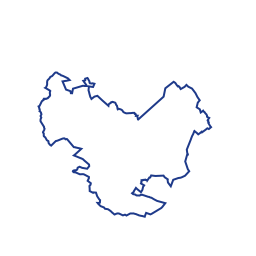 Dikļu pag., Kocenu, Latvia, rotated 148°
{"feature_id": "27541924B58624620212136", "entity_name": "Dikļu pag.", "entity_type": "district", "adm_level": 2, "iso_a3": "LVA", "parent_name": "Latvia", "parent_adm1": "Kocenu", "projection": "orthographic", "projection_center": [25.062, 57.572], "detail": "fine", "context": "isolated", "style": "outline", "palette": "blue", "viewbox_px": 256, "rotation_deg": 148, "n_neighbors": 0, "source": "geoboundaries", "source_scale": "gbopen_adm2", "svg_char_len": 5643}
<svg xmlns="http://www.w3.org/2000/svg" viewBox="0 0 256 256"><g transform="rotate(148 128 128)"><path d="M162.2,45.4L160.8,43.9L159.4,45.1L157.6,46.4L154.8,42.9L153.5,42.7L142.2,42.5L140.9,42.8L136.2,44.5L142.0,50.8L143.8,53.9L145.0,56.3L145.4,56.8L145.9,57.2L146.7,58.5L147.3,58.9L150.3,62.6L150.8,63.1L151.1,63.7L151.6,64.0L152.0,64.1L152.6,64.7L153.8,64.5L156.4,66.2L156.8,66.8L157.0,67.6L158.7,69.2L159.1,70.5L156.9,70.8L156.5,71.3L153.0,73.0L152.7,71.6L151.0,66.7L148.6,67.9L146.4,70.1L144.7,70.8L146.4,74.1L145.0,75.2L145.0,75.6L144.8,75.7L144.2,76.5L143.9,76.1L143.0,76.1L142.8,75.9L142.5,75.6L141.8,75.6L141.6,75.3L141.5,75.2L140.7,75.0L140.7,74.8L140.5,74.6L140.5,74.4L140.4,74.3L139.8,74.1L139.5,73.7L139.6,73.2L136.1,74.7L135.4,74.3L133.5,75.5L130.2,72.8L123.1,68.8L123.0,66.8L121.5,63.4L121.9,63.1L123.0,60.6L122.6,55.9L117.1,60.1L111.8,58.9L109.8,58.0L108.4,57.7L104.9,57.3L99.0,58.9L99.1,61.3L97.2,69.3L91.9,74.1L91.4,73.7L91.3,73.8L91.8,74.2L91.7,74.3L91.4,74.2L90.9,75.6L89.6,78.5L80.9,84.9L79.4,86.1L77.6,87.4L76.1,88.2L73.3,90.3L73.2,90.3L73.2,89.7L72.6,88.3L72.3,87.5L71.8,85.4L69.9,85.5L67.5,85.8L67.5,85.1L63.2,85.4L60.9,85.7L60.0,84.3L57.8,84.6L57.1,84.7L57.3,86.3L57.2,89.8L56.5,90.0L56.5,92.0L55.9,92.1L55.9,92.6L53.8,93.5L55.0,95.5L54.9,95.9L54.4,96.7L54.3,98.1L54.6,99.2L54.7,101.1L55.1,101.7L55.1,102.9L57.5,102.6L58.1,102.6L57.2,105.8L58.8,109.2L55.4,112.5L52.5,113.5L52.7,117.5L52.3,121.8L52.8,127.5L55.0,131.1L55.6,133.6L58.2,132.9L62.7,133.1L62.7,134.0L62.5,135.1L62.8,135.9L62.9,136.7L63.6,136.7L63.9,138.2L64.0,141.2L64.8,143.0L75.3,141.9L81.2,135.7L114.9,129.8L115.0,130.0L114.2,132.1L114.0,132.7L114.0,132.9L114.0,133.1L113.6,133.3L114.2,133.6L114.3,133.8L114.5,133.9L114.1,134.1L114.3,134.3L114.3,134.7L114.4,134.9L114.3,135.3L114.5,135.4L114.5,135.5L114.4,135.6L114.6,135.8L114.8,136.3L114.7,136.5L114.4,136.5L114.6,137.1L114.6,137.5L115.9,138.3L117.5,139.0L118.5,139.6L121.5,141.2L122.0,141.7L122.6,142.5L123.4,143.8L123.4,144.1L123.5,144.5L123.5,146.0L123.6,146.3L124.2,147.5L125.3,148.8L125.7,149.2L126.1,149.3L126.6,149.2L126.8,149.2L126.8,149.3L126.7,149.8L126.5,150.3L126.3,150.5L126.1,151.1L125.9,152.0L125.7,152.3L125.6,152.5L125.6,153.2L125.8,153.8L125.5,155.2L125.4,155.7L125.5,156.3L125.8,156.7L125.9,156.8L126.2,157.1L126.3,157.2L126.8,157.9L127.3,158.2L127.4,158.4L127.8,158.4L128.5,158.8L129.3,158.4L129.9,158.5L130.0,158.4L130.3,158.4L130.9,158.5L131.7,158.3L132.5,157.9L132.7,157.2L132.8,157.1L135.1,164.8L136.9,171.5L139.8,172.4L143.6,172.0L143.5,172.8L143.5,174.3L142.5,177.7L142.0,179.1L141.5,180.9L139.1,184.0L135.9,181.3L133.0,183.3L134.4,184.7L135.0,184.8L135.4,185.1L135.8,185.5L136.5,186.0L136.6,186.8L136.0,188.0L136.0,189.0L135.8,191.2L135.9,191.9L138.2,192.5L139.0,191.1L140.9,191.7L140.7,188.0L140.6,186.8L140.6,185.4L142.4,186.5L143.8,187.7L153.8,190.5L157.0,187.1L158.0,187.8L157.3,189.7L157.7,190.3L160.2,193.4L159.0,200.9L158.8,202.2L156.1,201.1L155.3,200.7L152.1,199.6L152.4,200.8L152.5,201.4L152.6,201.9L152.9,202.3L153.1,202.7L155.4,206.4L156.4,207.7L156.8,208.0L157.1,209.2L157.9,210.3L158.5,211.5L158.8,212.6L160.1,213.5L160.3,213.5L161.4,213.3L164.6,212.3L165.4,212.3L166.7,212.5L168.6,211.6L170.6,211.2L171.2,210.9L171.5,210.7L172.4,209.6L173.4,207.9L174.2,207.1L176.0,205.9L176.9,205.9L174.8,201.9L174.5,201.4L174.5,201.1L174.4,200.9L174.3,200.6L174.5,200.4L175.3,199.8L175.9,198.7L176.1,198.5L176.2,197.9L176.6,197.4L176.9,196.8L178.0,196.3L178.3,196.4L178.5,196.3L179.3,196.1L179.6,195.9L179.9,196.0L180.5,195.8L180.8,195.9L181.0,196.0L181.7,196.0L182.2,196.2L182.5,196.3L182.7,196.7L183.4,196.8L183.4,197.1L183.6,197.3L183.9,197.2L184.0,197.3L184.4,197.1L184.7,196.8L184.7,196.6L184.8,196.6L185.0,196.8L185.2,196.7L185.3,196.5L185.8,196.4L186.0,196.4L186.8,196.4L191.3,193.6L192.4,193.7L192.6,192.2L192.9,191.1L193.1,191.1L193.2,190.7L193.1,190.4L193.2,190.1L193.5,189.5L194.1,189.1L193.8,188.5L193.6,187.4L193.8,186.6L194.0,186.4L194.0,185.9L194.3,185.3L195.2,184.9L195.7,184.6L195.8,184.5L195.9,184.0L195.9,183.6L196.0,183.3L196.0,183.0L196.0,182.8L196.7,182.3L197.1,182.1L197.6,181.6L198.1,180.9L198.5,180.3L198.6,180.0L198.6,179.6L198.6,178.8L198.6,174.3L198.6,174.1L198.6,173.9L198.6,173.5L199.0,172.8L199.1,172.4L199.1,171.7L199.6,171.2L200.0,170.8L201.4,170.0L201.8,169.9L202.4,169.4L202.5,169.1L202.3,168.1L202.7,167.4L203.2,166.7L203.3,166.6L203.4,166.1L203.7,165.6L203.1,163.8L203.3,160.8L203.0,160.0L202.5,159.2L202.5,158.9L203.2,157.6L203.3,157.3L203.1,155.2L202.5,153.8L196.1,155.2L195.4,154.9L194.3,154.6L190.2,153.9L189.2,153.7L188.3,153.4L187.3,152.8L187.0,151.5L185.7,151.1L185.5,150.4L184.1,140.5L183.0,139.6L182.7,139.4L182.7,139.2L179.7,136.3L178.6,135.1L187.4,133.5L188.4,133.4L182.8,125.6L182.2,123.3L181.2,120.2L180.9,119.2L180.4,117.7L181.1,116.2L184.2,115.1L188.0,118.5L189.6,120.8L191.7,121.0L193.1,119.7L194.2,119.6L195.0,119.9L195.1,120.1L195.3,120.1L195.9,120.4L196.0,120.6L196.4,120.7L196.6,120.6L196.9,120.7L197.0,120.6L197.4,120.7L197.7,120.5L197.6,119.4L195.9,118.0L194.0,115.2L193.3,114.2L190.6,112.7L190.0,112.1L189.6,111.5L187.1,107.2L187.7,106.2L190.2,104.6L188.8,100.9L189.1,100.5L189.9,99.7L191.4,99.3L192.7,96.8L193.9,94.8L192.0,91.6L191.6,91.8L189.4,90.2L190.3,86.4L190.2,82.6L189.9,81.6L191.4,79.6L192.6,80.0L193.5,80.6L193.4,79.4L193.2,78.6L192.6,76.2L190.5,73.4L190.3,71.7L188.1,69.8L187.5,68.6L187.0,67.4L186.6,66.3L186.2,64.5L185.7,63.2L185.5,62.4L185.3,61.8L185.0,61.7L183.4,61.5L182.3,61.2L181.1,60.4L180.8,60.0L178.6,56.6L176.5,56.1L176.2,55.7L175.7,54.6L171.4,54.3L168.7,52.7L166.4,50.2L166.2,49.7L165.4,48.8L165.0,48.1L163.6,46.7L162.2,45.5L162.2,45.4Z" fill="none" stroke="#1e3a8a" stroke-width="2"/></g></svg>